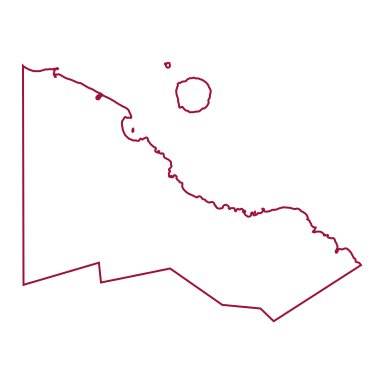 Bogia District, Madang, Papua New Guinea (orthographic projection)
{"feature_id": "67681753B59522358603410", "entity_name": "Bogia District", "entity_type": "district", "adm_level": 2, "iso_a3": "PNG", "parent_name": "Papua New Guinea", "parent_adm1": "Madang", "projection": "orthographic", "projection_center": [145.006, -4.34], "detail": "fine", "context": "isolated", "style": "outline", "palette": "rose", "viewbox_px": 384, "rotation_deg": 0, "n_neighbors": 0, "source": "geoboundaries", "source_scale": "gbopen_adm2", "svg_char_len": 5915}
<svg xmlns="http://www.w3.org/2000/svg" viewBox="0 0 384 384"><path d="M23.5,284.8L98.9,262.7L101.0,282.5L170.1,268.5L222.3,304.9L260.5,308.5L273.7,321.2L361.0,265.1L359.8,263.5L359.1,262.9L357.8,262.3L356.9,262.2L355.9,261.8L355.5,261.0L355.6,259.8L355.3,259.0L354.9,258.6L354.0,258.3L351.3,253.2L350.4,251.8L348.0,249.4L346.9,248.7L346.2,248.4L345.2,248.4L342.2,249.4L341.3,249.4L340.1,249.0L339.0,249.1L338.1,250.0L337.2,252.2L336.7,252.7L335.9,252.5L335.7,251.0L336.4,250.0L337.4,247.8L337.5,246.5L336.5,243.6L335.1,241.2L334.8,239.8L334.4,239.0L333.3,238.1L331.3,238.3L328.7,237.7L328.0,237.3L327.7,236.3L328.0,235.4L327.6,235.0L326.9,235.7L326.4,235.6L325.3,234.9L324.6,235.5L324.1,235.5L323.8,235.2L323.9,234.2L323.4,233.6L321.5,232.2L320.0,231.6L316.3,231.6L315.6,232.0L314.4,232.3L313.8,232.3L312.9,231.9L313.5,230.8L314.1,230.5L314.7,229.8L315.1,228.5L315.7,227.8L315.6,227.4L314.0,227.4L313.0,226.9L311.9,225.8L311.4,225.2L311.2,224.0L310.4,222.8L309.2,220.4L307.3,219.3L307.9,218.6L307.9,218.0L306.8,215.1L305.2,213.5L302.9,211.9L301.0,211.1L300.3,210.1L299.2,209.3L298.1,208.7L296.5,208.7L295.3,209.0L293.9,208.9L289.6,207.8L285.3,207.4L282.7,207.4L278.7,208.5L277.4,209.2L275.9,209.6L273.7,209.9L272.2,209.9L270.0,211.0L267.7,211.6L265.0,211.6L264.0,210.9L264.0,209.3L263.5,208.8L262.6,208.6L262.3,208.9L262.4,209.5L263.0,210.2L262.9,211.2L261.6,212.6L260.3,213.2L259.4,213.2L258.7,213.0L258.0,213.1L256.9,214.5L254.5,215.4L253.9,215.3L253.1,214.4L252.8,213.1L252.3,212.5L251.7,212.6L251.4,212.9L251.1,214.1L251.1,214.8L250.6,215.9L250.1,216.3L248.5,216.7L247.8,216.6L245.6,215.1L244.4,213.7L244.4,213.1L245.2,211.9L245.0,211.0L244.7,210.9L243.7,212.0L243.3,212.1L242.9,211.8L242.9,211.3L243.5,210.6L243.4,210.0L241.8,208.8L241.1,208.8L240.0,209.5L239.3,209.5L238.1,208.9L237.7,208.9L237.2,209.2L236.5,210.0L236.2,210.8L235.8,211.2L235.4,211.2L235.0,210.8L234.6,208.7L234.2,208.3L233.5,208.1L231.2,208.1L230.4,208.4L229.8,209.0L229.4,208.9L228.8,208.3L228.8,206.9L228.3,206.0L226.2,204.8L225.2,204.8L224.1,205.3L223.3,205.9L222.9,206.6L222.8,207.5L222.4,208.0L221.6,208.3L220.9,208.3L219.9,208.6L218.6,208.5L217.1,208.0L216.3,207.1L216.0,206.2L215.4,205.6L214.9,205.5L214.6,205.2L214.6,204.3L214.0,203.1L213.4,202.5L212.2,202.0L211.1,202.0L210.2,202.4L209.0,202.5L208.1,202.2L206.3,201.2L205.1,199.8L202.5,198.9L201.7,198.0L201.2,197.2L200.6,196.7L199.5,196.3L198.5,196.3L197.2,197.3L196.5,197.4L192.2,195.2L189.0,193.9L186.1,191.9L184.0,189.8L183.0,188.5L182.1,186.2L182.5,183.8L182.1,183.0L181.9,182.7L180.0,182.4L179.4,181.9L179.3,181.3L178.7,180.7L177.4,179.7L176.4,178.2L176.7,176.9L176.2,176.1L175.5,175.4L175.0,175.2L174.1,175.3L173.9,175.6L173.4,176.8L172.9,177.2L172.2,177.3L171.6,177.2L171.5,175.8L171.1,175.9L170.3,176.9L170.0,177.0L169.1,176.5L168.8,173.6L168.9,173.1L170.0,171.6L170.1,171.1L169.8,170.7L169.0,170.2L168.9,169.8L169.2,169.0L170.3,168.1L171.5,166.3L171.5,165.6L171.0,164.6L171.1,163.0L170.9,161.8L168.4,159.5L167.4,159.2L164.6,157.6L163.8,156.3L163.7,154.5L163.6,154.1L162.9,153.5L161.8,153.3L161.3,153.6L160.7,153.6L159.7,153.1L156.3,152.1L155.6,151.5L155.2,150.9L155.2,150.3L155.5,149.6L156.0,148.9L155.8,148.0L155.2,147.5L153.8,147.0L152.9,146.0L151.4,144.9L150.7,144.2L149.7,142.9L149.1,141.8L148.0,140.8L148.1,139.7L147.5,138.2L147.0,137.7L146.5,137.5L145.7,137.6L145.0,138.2L143.8,138.5L142.5,139.5L142.2,139.5L140.9,138.7L140.3,138.7L139.9,139.2L139.2,140.5L138.6,140.8L137.3,140.8L135.9,140.4L133.6,140.5L132.8,140.3L128.9,138.6L126.6,136.6L124.9,134.7L122.8,129.9L122.5,127.5L122.2,126.6L121.9,123.3L122.2,121.2L123.8,118.7L124.7,117.4L125.2,117.0L126.0,117.2L126.8,117.7L127.4,117.8L129.1,117.6L130.5,118.0L130.9,117.9L131.4,116.9L130.3,113.8L129.5,112.4L128.8,110.5L127.3,108.8L125.7,107.8L122.6,106.3L117.6,103.5L114.2,101.2L109.3,98.4L104.1,96.0L102.6,95.1L100.9,93.5L100.6,93.4L100.3,93.5L100.3,94.4L99.5,95.3L99.2,96.1L99.3,96.4L99.8,96.5L100.3,96.4L101.6,95.4L101.8,95.5L101.7,95.8L100.3,97.0L99.9,98.0L98.6,99.3L97.1,99.2L96.6,98.8L96.3,97.8L96.5,97.0L97.9,95.5L99.5,94.5L99.7,94.0L99.5,93.3L99.2,93.0L96.7,91.9L93.2,89.7L88.0,87.5L80.6,83.1L77.8,82.7L71.2,79.8L66.7,78.4L63.8,77.0L60.6,75.1L58.9,74.3L58.4,74.2L57.1,74.6L55.7,74.4L55.4,74.6L55.3,75.1L55.6,76.9L54.9,76.8L54.9,76.4L53.7,74.2L54.4,71.3L54.1,70.1L55.1,69.7L55.6,69.3L55.3,68.7L54.1,68.8L52.6,69.3L49.5,69.1L47.5,69.5L45.5,69.4L39.9,71.1L33.6,71.1L29.2,69.6L25.5,67.7L23.7,66.5L23.0,65.8L23.5,284.8ZM193.9,77.7L193.4,77.7L192.2,78.2L189.8,78.2L188.5,78.9L187.6,79.2L185.9,81.0L184.8,81.4L183.3,81.5L181.6,81.9L180.5,82.8L178.9,82.9L178.4,83.2L177.7,83.9L177.9,85.7L177.3,86.6L177.1,87.8L176.6,89.1L176.6,89.8L176.1,90.6L176.6,94.5L178.1,99.3L178.1,101.5L178.8,103.9L179.3,107.2L179.8,107.7L180.0,107.7L180.4,107.5L180.9,107.4L181.7,106.9L182.3,106.9L182.9,107.4L183.6,108.4L185.7,110.4L188.3,111.0L189.0,111.9L189.6,112.2L193.1,112.2L194.2,111.9L195.5,111.9L195.9,111.6L198.7,111.5L200.0,110.7L202.6,108.5L204.3,108.4L205.5,107.6L207.0,106.0L208.6,103.2L208.7,102.4L208.4,101.6L208.4,100.0L209.9,97.2L209.9,95.5L210.4,93.1L210.6,92.9L210.7,91.5L210.5,90.0L209.6,88.1L209.0,87.1L208.1,84.9L206.2,82.6L203.9,80.9L201.7,79.6L200.2,79.3L199.4,78.8L198.1,78.4L195.6,78.4L193.9,77.7ZM169.4,63.1L169.0,62.9L167.7,62.8L166.7,63.6L165.3,63.4L164.9,63.7L164.9,64.0L166.0,65.2L166.0,65.9L166.6,67.0L167.5,67.7L168.5,67.6L169.2,67.3L169.6,66.9L169.9,66.1L169.8,64.2L169.4,63.1ZM98.5,98.5L99.0,97.9L99.1,97.1L99.0,96.7L98.3,96.1L97.9,96.2L97.5,96.6L97.2,97.8L97.8,98.6L98.5,98.5ZM132.7,131.8L133.2,131.4L133.5,130.8L133.3,130.1L133.3,129.0L133.1,128.7L132.7,129.1L132.5,129.7L132.4,131.5L132.7,131.8ZM57.7,69.2L58.1,68.6L57.7,68.2L57.1,68.1L56.8,68.4L56.8,68.8L57.1,69.2L57.7,69.2ZM158.4,152.0L159.2,151.5L159.2,151.3L158.7,150.9L158.0,151.4L158.0,151.8L158.4,152.0ZM255.2,212.8L255.2,212.1L255.0,211.8L254.8,212.1L254.8,212.9L255.0,213.0L255.2,212.8Z" fill="none" stroke="#9f1239" stroke-width="2"/></svg>